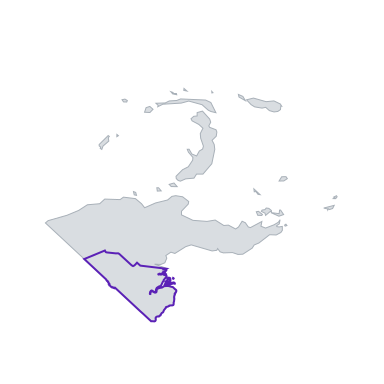 location of Western within Papua New Guinea, rotated 313°
{"feature_id": "PNG-1248", "entity_name": "Western", "entity_type": "Province", "adm_level": 1, "iso_a3": "PNG", "parent_name": "Papua New Guinea", "parent_adm1": "", "projection": "equal_earth", "projection_center": [142.614, -7.162], "detail": "fine", "context": "in_parent", "style": "outline", "palette": "violet", "viewbox_px": 384, "rotation_deg": 313, "n_neighbors": 0, "source": "natural_earth", "source_scale": "10m", "svg_char_len": 8507}
<svg xmlns="http://www.w3.org/2000/svg" viewBox="0 0 384 384"><g transform="rotate(313 192 192)"><path d="M69.6,250.6L69.5,201.5L67.6,197.8L69.5,189.1L69.4,105.9L72.9,106.3L89.8,116.5L101.3,121.7L111.3,124.2L120.5,132.5L127.3,133.0L137.4,144.6L141.5,145.4L148.6,155.2L149.0,163.1L148.2,168.1L159.1,172.8L169.5,179.6L175.1,180.3L178.2,182.6L182.1,188.4L182.8,196.1L180.6,197.5L170.8,197.4L168.1,199.9L171.9,212.0L180.7,223.0L187.3,228.1L189.2,238.1L192.6,241.2L194.7,249.1L198.1,249.9L204.8,248.6L205.9,252.0L204.8,257.0L205.8,259.0L218.1,263.2L214.0,265.8L215.8,270.4L223.8,274.3L228.8,275.8L231.8,275.3L228.2,277.6L225.1,276.9L224.5,277.6L225.8,279.5L228.4,281.5L225.6,284.2L223.0,284.6L218.0,282.9L213.7,277.9L200.3,275.7L195.7,273.6L192.0,274.3L181.2,271.6L177.7,268.2L175.3,262.9L168.9,256.5L167.4,253.4L168.1,249.3L166.3,249.9L162.6,246.9L152.8,227.5L147.8,224.7L135.4,221.4L133.6,217.6L127.7,216.2L126.4,218.7L121.7,220.4L117.7,218.6L113.7,213.8L118.4,224.6L116.7,224.5L117.5,226.2L116.6,226.4L111.4,225.8L113.0,230.2L104.4,232.7L98.1,231.8L95.0,232.9L93.8,232.8L92.1,229.5L89.8,230.1L91.7,230.2L94.2,234.0L99.5,233.4L104.7,236.3L109.1,242.7L108.9,247.1L97.0,255.2L90.2,251.7L80.2,252.6L76.6,251.3L72.1,252.9L69.6,250.6ZM248.6,141.7L251.1,143.9L253.6,141.6L258.3,144.5L257.4,155.2L255.8,158.1L251.8,159.2L251.3,160.8L253.9,167.1L252.8,169.3L249.3,171.7L243.5,171.4L241.9,175.8L238.7,179.6L226.2,187.2L212.6,187.8L208.2,183.1L203.5,184.0L197.3,178.4L192.0,176.1L191.0,174.0L191.1,171.3L192.6,169.6L201.9,169.9L207.9,172.1L215.7,170.8L217.9,169.1L218.7,162.2L220.0,159.4L221.3,160.7L219.7,166.0L221.5,170.8L227.0,169.4L230.6,170.5L233.3,169.1L237.3,161.6L240.4,158.2L246.1,156.5L246.1,151.1L244.1,143.5L244.9,141.3L248.6,141.7ZM316.6,196.6L315.9,199.1L315.5,198.3L312.6,200.5L309.4,199.8L306.5,197.4L304.3,193.1L304.2,188.2L301.1,186.0L297.0,179.8L296.2,175.7L296.6,169.0L302.6,172.9L308.6,184.6L314.5,189.8L316.6,196.6ZM270.3,144.7L266.3,155.4L263.8,151.0L262.9,148.0L262.7,139.8L256.3,127.6L249.7,123.5L236.3,110.8L231.0,108.8L232.3,108.2L232.3,105.1L238.9,111.7L243.1,113.3L248.5,118.4L252.3,120.2L268.5,139.2L270.3,144.7ZM163.4,91.7L176.1,92.2L176.3,93.6L174.6,93.8L172.5,96.4L164.9,95.6L161.6,97.0L161.3,95.1L162.6,94.6L162.4,92.7L163.4,91.7ZM226.6,255.6L228.9,257.4L230.9,257.2L232.4,259.3L232.6,262.7L231.8,263.5L231.2,262.5L225.1,261.8L226.3,259.8L225.1,255.9L226.6,255.6ZM225.9,107.1L221.4,107.0L218.0,102.9L222.4,100.9L225.8,102.8L225.9,107.1ZM235.6,270.5L238.5,268.4L239.2,269.1L238.0,274.4L233.6,272.1L230.7,263.7L235.6,270.5ZM259.4,248.2L264.3,247.2L266.6,249.5L267.3,250.3L266.8,252.6L262.7,251.6L259.4,248.2ZM270.1,299.3L279.2,305.1L275.8,306.1L272.9,304.5L272.6,303.1L271.4,303.6L272.0,302.6L270.1,299.3ZM185.8,177.5L181.8,173.1L182.0,170.1L186.3,172.7L185.8,177.5ZM223.6,258.9L222.4,259.0L219.8,256.0L221.4,252.5L223.2,253.8L223.6,258.9ZM295.2,168.8L293.5,161.6L295.0,159.4L296.6,164.0L295.2,168.8ZM171.8,168.7L169.0,166.0L171.1,163.4L172.3,164.7L171.8,168.7ZM214.8,82.3L213.3,82.9L211.2,80.5L211.8,77.9L214.2,79.6L214.8,82.3ZM153.3,151.1L151.7,153.7L150.5,151.7L152.4,148.9L153.3,151.1ZM236.5,235.1L236.5,243.6L235.3,241.9L235.9,238.4L234.6,237.4L236.5,235.1ZM110.2,237.3L112.9,240.8L106.3,235.2L110.2,237.3ZM112.5,236.5L108.9,235.0L108.2,233.9L112.4,234.5L112.5,236.5ZM287.8,300.2L287.5,301.4L285.1,301.6L283.6,299.9L285.1,300.3L284.9,299.1L287.8,300.2ZM262.3,115.5L262.4,119.5L260.7,116.7L262.3,115.5ZM253.4,113.4L252.7,114.5L251.0,111.7L251.3,111.2L253.4,113.4ZM232.5,282.6L232.2,284.3L230.6,283.4L230.9,282.3L232.5,282.6ZM251.9,110.3L250.6,110.8L250.9,108.1L251.9,110.3ZM182.9,97.8L183.0,99.8L181.2,99.3L182.9,97.8ZM279.1,137.8L278.9,139.6L278.0,139.0L279.1,137.8Z" fill="#d9dde1" stroke="#a8b0b8" stroke-width="1"/><path d="M69.1,191.0L69.0,190.7L69.3,190.4L69.3,190.1L69.1,189.8L69.1,189.7L69.3,189.1L69.4,188.9L69.5,188.8L69.5,186.5L69.5,181.4L69.5,177.1L69.5,172.9L69.5,167.2L69.5,166.3L69.5,163.5L69.5,159.2L69.5,158.9L69.9,159.1L89.8,168.2L89.3,169.6L89.3,170.1L89.7,170.9L95.2,178.2L96.5,179.5L96.9,180.0L97.1,181.2L97.2,197.2L97.3,198.3L97.6,199.4L98.5,199.8L99.8,200.0L102.8,200.0L102.9,204.4L118.4,225.6L118.1,225.5L117.8,225.2L117.6,224.7L117.3,224.4L117.1,224.4L116.1,224.3L116.3,224.6L116.6,224.8L116.9,224.8L117.0,224.9L117.3,225.1L117.9,226.0L117.7,226.4L117.4,226.6L117.0,226.7L115.5,226.7L115.2,226.6L115.1,226.4L114.8,226.1L114.6,226.0L114.1,225.7L113.9,225.6L113.6,225.4L113.2,225.4L112.1,225.7L111.2,225.7L110.9,225.5L110.7,225.3L110.5,224.4L110.2,224.0L110.0,223.8L109.7,223.7L109.3,223.7L109.2,223.6L108.9,223.5L108.8,223.8L108.9,224.0L109.0,224.1L109.9,224.2L110.1,224.4L110.1,225.0L110.2,225.4L110.5,225.7L111.9,226.5L112.1,226.8L112.2,227.7L113.2,229.9L113.3,230.5L113.2,230.9L112.9,231.1L112.6,231.2L108.4,231.3L107.8,231.8L106.4,231.9L102.5,233.2L102.2,233.3L101.9,233.2L100.2,232.2L98.2,231.7L97.9,231.6L97.6,231.8L96.8,232.0L96.5,232.0L96.1,232.2L95.2,233.0L94.9,233.2L94.5,233.2L93.8,233.1L93.4,233.0L93.2,232.7L93.0,232.3L92.7,230.1L92.3,229.5L91.6,229.3L90.7,229.6L90.1,229.6L89.9,229.8L89.7,230.0L89.4,230.2L89.2,230.3L88.8,230.6L88.7,230.8L88.8,231.0L89.0,231.1L89.4,230.7L89.6,230.5L89.9,230.4L90.0,230.3L90.1,230.2L90.5,230.2L91.4,230.0L91.8,229.9L92.2,230.0L92.4,230.5L92.4,230.9L92.9,233.1L93.3,233.7L93.8,234.1L94.5,234.2L95.1,233.9L96.2,232.9L96.8,232.6L98.1,232.9L98.4,232.8L99.1,233.1L99.6,233.8L99.8,233.9L100.1,234.0L101.2,234.9L101.8,235.3L103.9,235.8L104.5,236.2L105.0,236.6L107.2,238.9L108.1,240.4L108.6,241.5L109.2,242.5L109.4,242.8L109.4,243.1L109.4,246.0L109.5,246.7L109.5,247.1L109.4,247.5L109.0,248.0L108.8,248.1L108.5,248.3L108.0,248.5L107.1,248.5L106.6,248.6L106.7,248.8L106.2,248.9L105.8,248.9L105.7,248.9L105.7,249.0L105.5,249.3L105.4,249.4L105.2,249.4L103.7,250.0L103.4,250.2L103.0,250.7L102.6,251.0L102.3,251.1L102.2,251.4L102.0,251.7L101.9,251.9L101.5,252.2L100.8,252.6L100.2,253.2L98.4,254.1L98.2,254.3L98.0,254.6L97.1,255.3L96.5,255.4L95.9,255.1L95.4,254.7L94.6,253.8L94.0,253.3L93.5,252.9L93.0,253.0L92.5,252.7L92.3,252.6L91.9,252.6L91.6,252.5L90.9,251.9L90.1,251.5L89.9,251.5L89.7,251.6L89.4,251.9L89.2,251.9L88.6,251.9L86.3,252.1L86.0,252.2L85.0,252.7L84.6,252.8L84.2,252.8L83.9,252.8L83.2,252.5L82.8,252.4L81.4,252.7L81.0,252.7L80.9,252.8L80.7,253.0L80.4,253.1L80.2,253.1L79.9,253.0L79.7,252.8L79.5,252.7L79.2,252.8L78.7,252.8L78.3,252.7L78.1,252.3L77.4,251.6L76.9,251.3L76.3,251.1L75.6,251.1L75.0,251.3L73.8,252.7L73.2,253.0L72.5,253.1L71.8,252.8L70.1,250.7L69.6,250.3L69.6,247.8L69.6,243.5L69.6,239.3L69.5,235.4L69.5,229.6L69.5,225.8L69.5,224.9L69.5,220.8L69.5,216.6L69.5,210.8L69.5,209.9L69.5,207.1L69.5,203.7L69.5,201.3L69.3,201.3L68.9,201.1L68.9,200.4L68.5,200.5L68.4,200.2L68.3,199.8L68.3,199.4L67.9,199.1L67.8,198.9L67.7,198.7L67.8,198.6L67.9,198.3L68.0,198.1L67.9,197.9L67.5,197.5L67.4,197.2L67.4,196.8L67.5,196.5L67.7,195.8L67.6,195.4L67.4,195.2L67.5,194.9L67.8,194.8L68.1,194.7L68.3,194.5L68.3,194.3L68.2,194.1L68.1,193.9L68.4,193.8L68.5,193.8L68.5,193.7L68.5,193.1L68.6,192.8L68.7,192.7L68.9,192.7L69.0,192.5L69.1,192.1L69.0,191.7L68.8,191.7L68.7,191.3L68.6,191.1L68.4,191.1L68.6,191.0L68.9,191.0L69.1,191.0ZM112.9,239.9L113.2,240.1L113.5,240.5L113.6,240.9L113.6,241.5L113.4,241.9L113.2,242.0L113.0,241.8L112.9,241.4L112.8,241.1L112.6,240.9L110.6,239.6L110.3,239.3L110.1,239.1L109.8,239.1L109.6,239.0L109.5,238.8L109.4,238.5L108.4,237.4L107.5,237.0L107.1,236.8L106.9,236.6L106.5,235.8L106.3,235.6L106.0,235.3L105.8,235.1L106.0,235.0L106.3,235.0L106.5,235.0L107.1,235.9L107.3,236.2L108.8,236.6L110.2,237.3L110.5,237.4L110.8,237.6L111.0,238.0L112.5,239.8L112.9,239.9ZM109.1,235.2L108.7,235.0L108.3,234.5L108.1,234.0L108.4,233.7L108.6,233.7L108.8,233.8L109.0,234.0L109.7,233.9L110.8,233.9L112.3,234.1L112.5,234.2L112.5,234.8L112.5,235.1L112.8,235.7L112.9,236.0L112.9,236.3L112.7,236.5L112.4,236.6L111.6,236.6L111.2,236.5L110.5,236.0L110.2,235.5L109.8,235.4L109.1,235.2ZM114.0,234.5L114.1,234.9L114.0,235.1L113.8,235.3L113.5,235.2L113.2,234.9L112.6,234.0L111.8,233.6L111.9,233.2L112.7,233.2L113.4,233.3L113.7,233.7L113.9,234.1L114.0,234.5ZM114.0,227.0L114.2,227.3L114.3,227.8L114.2,228.0L114.0,227.9L113.5,227.7L112.9,227.6L112.4,227.3L112.3,226.9L112.1,226.5L112.4,226.2L112.9,226.2L113.7,226.7L114.0,227.0ZM113.8,228.2L114.1,228.5L114.2,228.8L114.2,229.2L113.8,229.5L113.3,229.4L113.0,228.9L112.7,228.2L113.0,227.9L113.4,228.0L113.6,228.1L113.8,228.2ZM116.3,236.8L116.4,237.1L116.2,237.6L115.7,237.5L115.7,237.2L115.9,237.0L116.1,236.9L116.3,236.8Z" fill="none" stroke="#5b21b6" stroke-width="2"/></g></svg>